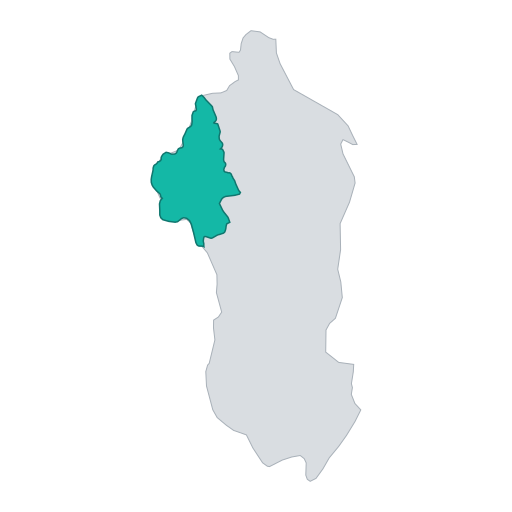 where Korçë sits in Albania, rotated 180°
{"feature_id": "ALB-1521", "entity_name": "Korçë", "entity_type": "County", "adm_level": 1, "iso_a3": "ALB", "parent_name": "Albania", "parent_adm1": "", "projection": "natural_earth1", "projection_center": [20.625, 40.584], "detail": "fine", "context": "in_parent", "style": "filled", "palette": "teal", "viewbox_px": 512, "rotation_deg": 180, "n_neighbors": 0, "source": "natural_earth", "source_scale": "10m", "svg_char_len": 3895}
<svg xmlns="http://www.w3.org/2000/svg" viewBox="0 0 512 512"><g transform="rotate(180 256 256)"><path d="M158.3,147.6L158.7,140.2L160.6,128.3L159.6,124.4L160.7,117.6L157.1,108.5L151.2,102.1L157.0,90.5L165.5,76.6L173.3,65.6L182.8,54.1L189.1,43.1L196.0,33.6L201.8,30.7L204.7,32.7L206.2,36.9L205.8,49.1L207.8,53.4L211.8,56.5L220.3,55.0L229.8,51.9L242.5,45.4L244.7,45.8L249.4,49.2L259.1,64.0L265.6,77.1L278.4,81.6L285.6,86.7L294.8,94.4L299.2,102.2L305.5,126.0L306.2,140.4L304.4,146.9L302.8,148.6L297.1,172.1L298.5,184.0L298.4,191.9L293.6,195.0L290.3,199.9L295.6,219.4L294.9,227.8L295.1,237.3L304.6,259.1L310.2,265.8L315.1,269.1L321.5,289.1L325.3,292.6L340.8,290.7L348.4,292.9L351.4,297.7L352.1,300.9L351.1,312.2L355.0,320.8L360.2,329.7L360.2,335.2L356.7,344.1L350.5,354.5L342.3,358.5L333.2,361.9L328.9,369.9L326.6,378.5L322.6,384.9L320.1,391.9L316.2,406.1L315.3,411.3L309.2,416.5L299.6,418.7L291.1,419.1L285.3,421.5L282.4,426.4L276.9,430.4L273.6,432.1L273.6,436.4L277.6,445.5L282.1,452.9L282.2,458.8L280.0,460.4L273.0,459.7L271.5,461.9L270.8,468.4L268.9,474.1L266.0,477.5L261.0,481.3L251.9,480.1L243.3,474.4L238.8,472.7L236.2,472.8L235.6,459.0L231.9,448.3L218.4,422.4L174.2,397.3L163.9,386.1L159.4,376.6L154.9,367.6L159.2,367.4L163.5,369.7L169.0,372.4L171.3,367.9L169.0,358.1L157.7,335.2L156.9,329.0L162.5,309.8L171.9,288.4L171.4,262.4L174.3,242.8L171.2,230.0L169.7,214.4L176.6,193.7L182.4,188.6L186.0,182.0L186.3,159.9L173.3,149.6L158.3,147.6Z" fill="#d9dde1" stroke="#a8b0b8" stroke-width="1"/><path d="M308.1,265.3L309.1,265.8L310.7,265.9L312.2,265.9L312.5,265.9L313.6,266.1L314.9,267.0L316.1,269.4L318.4,279.3L320.7,287.9L322.5,291.4L324.1,292.7L325.3,293.7L328.3,294.3L330.4,293.5L334.4,290.3L336.8,289.8L343.2,290.6L349.2,292.3L351.2,294.2L352.2,297.0L352.2,301.0L352.5,308.1L351.7,311.3L349.7,313.7L350.8,314.6L351.3,315.7L351.5,316.9L352.0,318.1L355.5,321.2L358.7,324.9L359.9,327.0L360.7,329.6L360.8,332.6L360.4,335.3L359.2,340.6L358.9,342.3L358.9,343.6L358.7,344.7L358.1,346.3L357.3,347.1L356.2,347.7L355.1,348.6L354.2,350.1L352.7,350.5L351.4,351.4L350.7,352.7L350.8,354.6L350.4,355.5L350.0,356.2L348.9,357.8L345.9,359.7L343.2,359.1L340.5,357.8L337.3,357.9L335.7,358.9L335.0,360.2L334.5,361.6L333.6,363.2L332.5,363.8L330.0,364.3L328.9,365.4L328.7,366.8L329.2,370.9L329.3,372.5L328.9,374.3L328.4,375.6L327.1,378.0L325.2,382.4L324.8,383.2L323.9,384.0L322.6,384.7L321.3,385.6L320.3,387.0L319.8,390.5L320.0,393.5L320.0,396.6L318.7,400.2L318.0,400.7L316.2,401.2L315.7,402.0L315.6,403.0L316.0,404.6L316.0,405.4L316.6,408.2L316.4,408.9L314.6,413.8L314.1,414.8L313.3,415.4L310.3,416.8L310.2,416.7L307.9,414.5L306.1,412.1L300.4,406.2L299.6,405.2L299.0,402.3L295.9,395.0L295.7,394.1L295.6,393.1L295.7,392.3L296.0,391.6L296.6,390.8L297.9,389.6L298.2,389.1L297.9,388.9L297.3,388.7L296.2,388.6L294.5,388.2L294.2,387.9L292.0,381.2L291.8,380.1L292.9,375.9L292.8,373.6L292.5,372.4L291.8,371.3L289.7,368.9L289.3,367.8L289.4,366.5L289.7,365.5L290.1,364.8L290.5,364.2L291.6,363.1L289.5,362.7L288.0,359.7L288.0,358.6L288.4,352.6L288.2,351.1L287.8,350.1L286.6,348.9L286.4,348.4L286.3,347.7L286.3,347.1L286.6,345.9L286.9,345.5L287.5,344.7L288.2,342.6L288.2,342.2L288.0,341.7L288.0,341.2L287.9,340.9L287.1,340.1L286.5,339.9L285.1,339.7L284.6,339.5L284.1,339.2L283.5,339.2L282.9,339.2L282.3,339.2L281.7,338.8L280.7,337.8L280.2,336.2L279.5,335.2L279.2,334.2L277.3,331.2L276.3,328.2L273.7,322.4L273.1,321.3L271.6,319.6L272.5,317.9L277.2,316.7L286.3,315.6L288.2,314.8L289.8,313.6L290.8,312.0L292.6,308.5L289.4,301.8L288.0,299.7L284.3,295.1L283.6,293.7L282.2,289.7L285.2,288.2L285.5,287.4L285.9,285.8L286.2,283.4L286.5,282.1L287.2,280.1L288.0,279.3L288.7,278.8L293.0,277.4L293.7,277.3L294.7,276.9L299.4,274.2L300.4,273.8L300.9,273.8L301.6,273.9L306.0,275.4L307.2,275.5L307.9,275.1L308.3,274.2L308.7,271.4L308.7,270.6L308.2,268.3L308.2,265.8L308.1,265.3Z" fill="#14b8a6" stroke="#0f766e" stroke-width="1.5"/></g></svg>